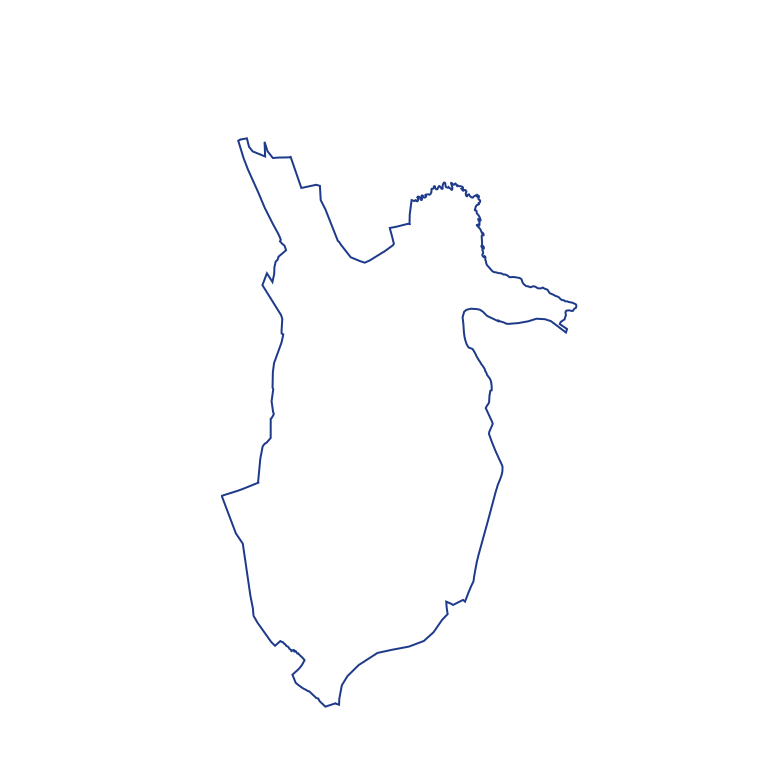 Kuldīga, Kuldigas, Latvia, rotated 68°
{"feature_id": "27541924B54151317600079", "entity_name": "Kuldīga", "entity_type": "district", "adm_level": 2, "iso_a3": "LVA", "parent_name": "Latvia", "parent_adm1": "Kuldigas", "projection": "natural_earth1", "projection_center": [21.956, 56.971], "detail": "fine", "context": "isolated", "style": "outline", "palette": "blue", "viewbox_px": 768, "rotation_deg": 68, "n_neighbors": 0, "source": "geoboundaries", "source_scale": "gbopen_adm2", "svg_char_len": 6141}
<svg xmlns="http://www.w3.org/2000/svg" viewBox="0 0 768 768"><g transform="rotate(68 384 384)"><path d="M426.9,576.0L428.0,576.4L467.1,577.3L478.8,574.8L479.4,574.8L530.3,587.2L542.9,589.6L550.0,591.8L557.9,590.7L581.0,585.2L585.9,583.1L583.5,576.4L584.9,575.4L585.4,574.5L587.7,573.7L588.2,573.1L590.2,572.7L591.5,571.5L592.8,571.0L594.1,570.9L595.9,569.8L596.6,570.0L597.0,569.9L596.6,567.8L597.1,567.1L597.7,566.8L598.2,567.4L598.5,567.3L598.5,566.1L599.1,565.7L599.8,565.8L601.4,565.3L601.4,564.7L601.8,564.3L602.7,564.2L607.7,561.9L610.3,561.1L613.7,565.2L615.8,568.8L616.7,570.8L619.2,577.8L627.9,577.8L631.0,576.2L635.4,573.4L637.2,572.0L637.8,571.3L640.3,569.5L640.9,568.5L649.8,564.4L651.0,562.8L654.0,562.5L661.2,559.2L661.9,548.5L662.4,548.4L664.5,545.8L659.0,543.3L647.5,535.9L641.1,527.2L635.1,512.7L630.9,490.8L633.4,476.3L636.8,459.3L637.2,443.3L632.7,431.0L624.4,418.4L621.2,411.2L614.9,409.7L609.1,407.8L613.1,403.9L614.7,402.8L613.8,391.6L616.1,390.4L608.4,383.2L604.0,378.8L600.4,374.9L596.2,372.5L590.6,369.0L583.6,364.5L577.9,360.4L548.9,338.2L525.9,320.9L520.2,316.3L516.3,312.5L512.9,309.4L509.8,307.2L506.3,305.6L505.1,305.1L503.0,305.0L488.2,305.7L478.1,305.7L469.9,305.4L468.7,304.9L467.7,304.2L461.8,298.2L459.9,297.9L444.4,298.7L442.4,296.3L442.0,295.4L440.7,293.8L439.7,293.1L433.5,290.2L432.4,289.2L430.3,288.2L430.0,287.5L430.2,286.6L428.1,285.6L424.9,284.6L421.7,283.8L418.8,283.8L414.3,285.0L411.3,284.9L410.1,285.3L407.6,285.0L403.7,285.8L401.4,286.5L400.1,286.5L397.7,287.1L392.9,287.8L389.3,288.0L385.1,288.7L384.6,288.9L381.8,291.9L378.2,292.5L373.8,292.2L370.6,291.7L365.9,290.5L357.7,287.8L351.7,286.2L347.1,282.7L346.1,280.0L346.7,275.4L349.1,270.3L351.0,267.3L353.9,265.3L359.5,262.9L368.6,254.5L368.0,254.1L369.4,252.9L371.4,250.3L373.9,248.0L374.9,246.0L377.9,236.4L379.9,226.7L380.6,218.2L384.1,210.7L388.2,205.7L404.4,196.0L401.6,193.7L394.3,198.6L393.0,197.3L392.6,196.6L391.7,192.4L388.2,189.5L385.5,188.9L384.6,188.1L384.4,187.0L385.1,184.6L386.6,182.6L386.9,181.4L385.5,179.3L385.3,177.6L384.1,176.6L382.9,176.2L382.0,176.3L381.1,177.0L380.5,177.7L379.2,178.8L377.2,182.0L376.2,182.9L375.2,185.0L373.9,185.7L372.9,187.4L371.5,188.5L369.5,189.2L368.3,190.0L366.4,192.2L364.7,193.5L362.0,196.2L360.5,196.7L359.0,196.8L357.7,197.2L355.6,199.6L354.2,200.5L354.0,200.9L354.2,201.9L354.0,203.0L353.5,204.2L352.8,205.6L350.5,207.2L349.7,208.3L349.2,209.3L349.3,211.3L349.0,212.2L347.5,213.7L346.6,215.4L344.1,216.9L341.9,217.5L338.7,217.3L337.9,217.5L336.4,218.7L333.7,223.1L332.8,225.1L332.5,226.4L331.9,227.7L329.6,228.9L328.4,230.1L327.7,230.9L327.5,231.8L327.1,232.4L325.8,233.3L325.0,234.3L324.6,235.5L322.7,238.0L321.4,240.1L320.2,241.2L312.2,244.0L310.2,244.0L308.6,243.5L306.9,243.6L304.6,242.5L303.8,242.5L303.3,242.8L304.2,243.5L303.0,244.4L301.5,244.6L300.9,244.4L299.9,243.1L299.2,242.8L298.5,242.6L296.9,242.7L296.3,242.4L295.8,242.0L295.8,240.7L295.2,240.4L294.2,240.2L293.4,240.4L293.3,240.7L294.0,242.1L293.1,242.2L292.4,241.9L291.7,241.0L291.1,240.6L283.6,238.1L283.3,237.9L283.1,237.4L283.4,236.2L283.2,235.8L282.7,235.6L281.6,235.6L281.1,235.8L281.7,236.6L276.8,236.7L275.6,237.0L271.6,238.5L271.4,238.4L271.4,236.6L272.6,236.3L272.6,236.1L269.9,234.9L266.6,235.0L266.5,234.9L268.3,234.0L268.6,233.6L268.5,233.2L267.3,232.9L264.5,232.9L262.8,233.2L260.5,234.0L258.0,233.4L257.7,233.6L257.1,234.5L256.7,234.6L254.2,232.7L253.1,231.4L252.9,230.9L253.0,229.1L252.9,228.7L252.7,228.5L251.8,228.6L251.6,228.2L251.5,227.1L251.2,226.7L250.1,226.2L249.6,226.2L248.2,227.1L247.6,227.0L245.8,225.7L245.2,225.7L243.7,226.7L244.9,227.5L243.5,228.1L243.5,228.9L243.9,230.9L244.4,231.9L244.2,232.5L243.5,233.1L241.7,234.0L240.0,234.2L239.9,234.7L239.9,235.3L241.0,236.6L240.9,237.0L240.0,237.3L238.2,237.0L236.5,235.5L235.4,235.6L234.6,236.0L234.4,236.4L234.5,237.7L234.4,238.2L234.0,238.5L232.2,238.9L232.6,237.6L231.3,237.2L230.8,237.3L229.4,238.7L228.8,240.2L227.5,241.2L227.9,242.0L227.4,242.2L225.5,242.4L224.9,242.7L224.9,243.1L225.4,244.2L225.4,244.6L225.1,244.9L223.0,246.0L222.7,246.4L222.9,246.6L227.9,247.1L229.1,247.9L229.4,248.4L229.0,248.7L227.1,249.5L226.8,249.9L225.5,250.4L225.9,251.1L225.6,251.8L225.0,252.5L224.5,252.7L223.7,252.8L221.3,252.1L220.5,252.1L220.0,252.3L219.8,252.9L220.0,253.5L221.2,254.7L222.7,255.7L224.7,256.4L224.9,256.8L224.6,257.4L221.6,258.3L221.2,258.6L221.2,259.0L221.4,259.4L223.2,261.3L223.4,261.8L223.3,262.2L222.5,262.9L222.0,263.0L220.0,262.8L219.6,262.9L219.5,263.2L219.5,263.6L219.7,263.9L220.5,264.1L221.2,265.2L221.3,265.6L220.9,266.7L221.2,267.0L223.9,268.2L225.3,269.8L225.5,270.5L225.5,271.0L224.7,272.0L224.3,273.1L224.1,274.1L224.3,274.9L225.4,274.6L226.0,274.8L226.3,275.3L226.4,276.0L226.3,276.7L225.8,277.2L224.5,277.3L223.7,277.6L223.4,278.0L223.4,278.4L223.6,278.7L224.8,278.6L226.1,279.1L227.2,279.8L227.5,280.2L227.3,280.6L226.8,280.9L225.9,281.0L224.5,280.7L223.1,281.9L223.0,282.6L223.5,283.2L224.6,282.9L226.4,283.7L226.9,284.2L227.0,284.7L226.9,285.0L225.4,285.7L225.3,286.0L225.8,286.9L225.7,287.4L223.8,289.5L236.6,296.7L244.0,299.9L245.3,300.2L244.4,302.1L242.8,313.8L241.5,320.2L251.4,321.4L257.7,322.3L258.7,323.8L261.4,334.5L261.4,335.1L264.1,350.9L264.3,356.4L261.0,360.3L254.0,367.4L239.3,371.6L235.2,372.5L234.1,373.2L200.0,372.9L189.8,373.8L176.3,369.2L173.9,372.2L171.3,387.2L138.4,385.5L138.3,385.9L138.4,386.9L134.5,397.1L132.8,402.4L124.5,404.8L114.7,404.0L128.5,409.0L119.2,418.6L113.5,420.3L104.9,419.1L103.5,425.7L103.7,426.0L103.8,428.0L122.2,429.6L133.9,429.8L160.1,428.8L175.9,428.6L193.7,427.1L204.9,425.8L209.3,425.6L211.7,425.7L212.8,427.0L215.8,425.9L217.7,424.8L218.9,424.4L223.3,424.7L226.4,434.0L226.6,434.0L227.2,434.7L228.7,435.8L230.1,438.7L234.7,441.9L240.7,444.5L247.6,449.2L237.5,451.1L246.8,459.7L281.6,453.6L285.5,453.9L296.4,459.1L298.9,460.0L300.2,458.8L301.4,459.5L307.3,463.6L323.4,478.1L331.4,482.6L345.6,488.7L347.3,488.6L357.9,494.7L368.4,497.3L370.5,497.4L371.2,498.0L373.0,500.3L373.9,501.8L373.9,502.1L391.6,509.3L394.5,515.0L394.7,517.0L396.3,519.8L406.8,526.6L427.6,537.4L428.4,537.4L428.4,554.9L428.2,559.9L426.9,576.0Z" fill="none" stroke="#1e3a8a" stroke-width="2"/></g></svg>